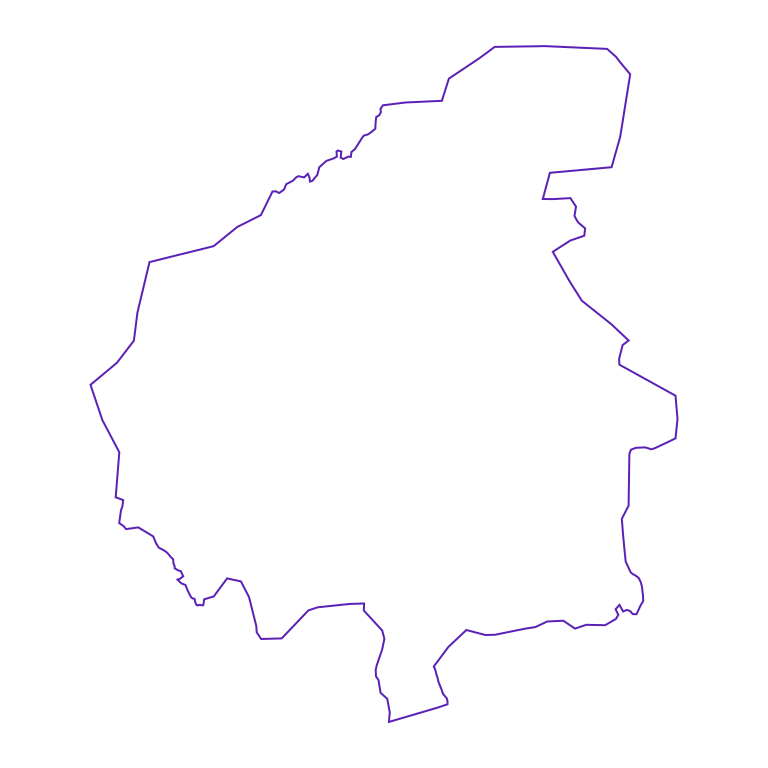 outline of Tsanyawa, Kano, Nigeria
{"feature_id": "59680162B88365177272018", "entity_name": "Tsanyawa", "entity_type": "district", "adm_level": 2, "iso_a3": "NGA", "parent_name": "Nigeria", "parent_adm1": "Kano", "projection": "natural_earth1", "projection_center": [8.001, 12.281], "detail": "fine", "context": "isolated", "style": "outline", "palette": "violet", "viewbox_px": 768, "rotation_deg": 0, "n_neighbors": 0, "source": "geoboundaries", "source_scale": "gbopen_adm2", "svg_char_len": 2972}
<svg xmlns="http://www.w3.org/2000/svg" viewBox="0 0 768 768"><path d="M376.0,676.4L378.5,680.1L380.6,692.9L387.3,698.8L387.3,699.0L389.8,712.5L389.3,717.3L389.0,721.9L438.0,707.5L447.5,704.3L447.5,701.2L446.8,698.4L444.9,696.1L442.9,693.7L441.4,689.0L439.7,685.0L438.4,681.6L437.6,677.9L436.5,674.9L435.5,670.4L433.8,666.5L448.5,646.8L466.4,630.0L485.3,635.0L494.8,634.8L525.4,628.6L535.3,627.1L547.2,621.5L563.3,620.7L575.0,628.6L586.3,624.8L605.1,625.2L616.0,618.9L618.3,614.8L615.6,609.2L619.5,604.9L623.1,611.5L627.0,609.9L630.3,611.2L632.7,614.1L636.5,614.2L640.7,605.2L643.2,601.1L643.0,595.1L642.5,591.6L642.0,586.6L640.7,582.1L638.8,578.1L635.8,575.7L633.1,574.3L630.7,572.4L625.7,561.6L624.5,549.9L623.0,534.0L622.3,524.9L621.8,518.9L628.6,505.6L629.2,465.4L629.3,458.8L629.4,453.8L631.0,449.7L635.9,447.8L644.7,447.4L647.8,448.1L650.7,449.2L652.1,449.1L655.3,448.0L675.5,438.4L677.5,419.1L675.5,395.7L619.4,364.7L619.1,359.0L622.6,345.1L628.6,340.5L611.2,324.1L581.8,300.7L569.1,280.5L552.8,251.8L570.4,240.5L584.3,235.7L585.1,228.3L581.5,225.3L578.2,222.4L576.2,219.2L574.5,215.9L576.0,206.6L570.4,198.1L553.3,199.1L542.8,199.0L549.9,172.8L611.6,167.2L620.2,136.8L630.2,74.3L619.2,61.1L616.0,56.8L607.1,48.9L544.5,46.1L541.5,46.1L541.1,46.2L494.7,46.9L479.4,58.2L448.9,78.6L441.9,100.8L405.4,102.5L382.9,105.3L380.5,108.8L380.9,112.2L379.3,115.1L376.2,117.1L375.6,122.5L375.3,128.8L371.7,131.7L368.2,134.3L363.7,135.7L362.1,137.8L354.8,149.3L351.5,151.9L350.8,156.9L348.4,156.6L343.3,159.0L340.7,157.6L341.3,151.5L337.9,150.5L336.5,151.5L336.9,156.6L333.9,158.3L326.4,160.9L321.8,165.0L319.3,167.2L317.3,174.9L312.3,180.9L310.0,181.6L309.4,177.3L307.8,173.8L304.2,177.4L298.5,176.2L296.5,177.1L292.9,180.7L286.2,184.2L284.0,189.6L279.2,193.0L275.7,191.3L272.5,191.5L260.9,215.1L237.2,227.0L213.7,246.1L205.1,248.3L171.5,256.6L149.5,262.1L137.4,312.7L133.9,340.7L116.9,362.8L90.5,384.8L102.4,420.2L109.9,434.4L119.3,452.3L115.8,496.0L115.7,497.3L115.8,497.3L123.2,500.1L122.4,506.3L121.0,510.3L120.0,517.3L119.2,523.1L123.5,526.0L126.1,529.1L138.3,527.4L153.2,536.4L156.2,543.5L158.6,547.5L161.3,549.0L163.3,550.0L166.2,551.9L168.2,553.8L169.5,555.5L171.1,557.4L173.1,559.2L173.5,563.6L174.6,566.2L174.6,568.2L178.0,570.3L180.8,571.1L183.2,576.3L180.1,578.7L177.5,579.6L181.4,583.4L185.5,585.0L187.7,590.6L190.3,595.8L191.0,596.9L191.5,597.7L192.3,598.2L192.9,598.5L193.4,598.5L194.0,598.7L194.5,598.8L194.8,599.3L194.7,600.2L194.8,600.9L195.1,601.4L195.4,602.4L195.7,603.2L195.8,603.9L196.4,604.4L196.7,604.8L196.7,605.1L197.3,605.4L198.2,605.2L199.1,605.1L199.5,604.9L200.1,604.9L200.7,605.1L201.7,605.3L202.4,605.3L203.2,605.2L203.6,603.3L204.2,599.3L213.8,596.4L227.1,578.4L240.9,581.4L249.0,597.0L256.3,626.0L256.7,632.3L261.2,639.0L281.7,638.4L308.4,610.4L317.7,607.3L350.2,603.9L364.1,603.5L363.8,610.5L378.8,626.8L382.2,630.5L384.4,638.8L382.2,649.3L376.6,665.8L376.3,667.3L375.7,669.8L376.0,676.4Z" fill="none" stroke="#5b21b6" stroke-width="2"/></svg>